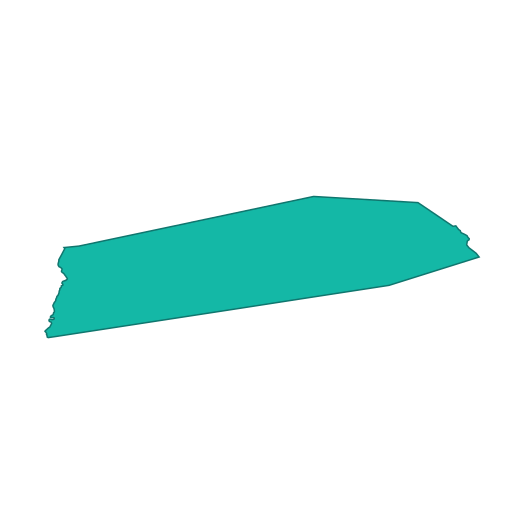 the district of Machinda, Litoral, Equatorial Guinea, rotated 261°
{"feature_id": "11065452B59369715507709", "entity_name": "Machinda", "entity_type": "district", "adm_level": 2, "iso_a3": "GNQ", "parent_name": "Equatorial Guinea", "parent_adm1": "Litoral", "projection": "natural_earth1", "projection_center": [9.965, 1.936], "detail": "fine", "context": "isolated", "style": "filled", "palette": "teal", "viewbox_px": 512, "rotation_deg": 261, "n_neighbors": 0, "source": "geoboundaries", "source_scale": "gbopen_adm2", "svg_char_len": 2590}
<svg xmlns="http://www.w3.org/2000/svg" viewBox="0 0 512 512"><g transform="rotate(261 256 256)"><path d="M220.1,476.2L221.5,475.4L224.2,473.9L227.1,471.2L230.5,467.9L230.7,467.7L233.5,466.1L233.7,465.9L233.9,465.9L234.1,465.9L234.3,465.9L237.3,466.9L237.4,467.0L237.6,467.0L237.8,467.3L238.1,467.6L238.7,469.0L239.7,469.3L241.0,468.4L241.3,468.2L243.1,467.6L245.0,465.1L246.8,462.4L247.0,462.3L247.0,462.2L247.4,462.0L247.5,462.0L247.7,461.9L249.1,461.7L250.1,460.6L250.3,460.5L250.4,460.3L253.5,458.6L254.5,458.1L254.5,455.2L283.4,424.3L305.8,322.2L299.4,197.5L299.3,196.8L293.5,82.7L294.3,68.8L294.4,67.7L294.2,67.8L293.4,68.3L292.4,67.7L291.1,66.7L288.0,64.4L283.2,60.7L281.7,60.4L279.5,59.4L278.2,59.1L277.1,59.4L276.1,59.9L275.8,60.4L275.5,60.9L275.0,61.4L274.1,62.1L273.5,62.4L272.9,62.2L272.3,61.9L271.5,61.5L271.0,61.5L270.4,61.8L269.8,62.3L269.4,62.8L269.1,63.1L268.3,63.7L267.7,63.9L267.3,64.1L266.8,64.4L266.4,64.6L265.9,64.9L265.3,65.2L264.4,65.5L264.2,65.6L263.7,66.0L263.0,66.1L262.6,65.9L262.4,65.6L262.2,65.3L262.1,64.8L261.6,64.2L261.6,63.6L261.4,62.8L261.3,62.0L261.1,61.2L260.9,61.0L260.6,60.7L260.2,60.3L259.7,60.2L259.4,60.1L259.2,60.3L258.9,60.5L258.3,60.8L258.0,60.8L257.6,60.8L257.4,60.5L257.3,60.1L257.0,59.3L256.9,59.0L256.7,59.0L256.1,58.9L255.7,58.8L255.3,58.5L255.1,58.1L255.0,57.7L254.7,57.3L254.6,57.2L253.5,57.0L252.9,56.7L252.1,56.1L251.4,56.0L250.6,55.7L249.4,55.1L248.9,54.7L248.0,54.2L247.3,53.1L246.7,52.8L245.9,52.5L245.2,51.9L244.4,51.5L243.3,51.2L242.2,50.2L241.6,49.4L240.7,49.0L240.2,48.5L239.0,47.7L238.4,47.6L237.6,47.7L237.1,47.8L236.3,48.1L235.6,48.3L234.7,48.3L233.5,48.3L232.9,48.3L232.1,47.9L231.9,47.5L231.6,47.2L230.9,46.9L230.2,46.7L229.6,46.1L229.4,45.4L229.2,44.7L228.8,44.1L228.5,43.7L227.9,43.4L227.6,43.4L227.5,43.7L227.4,43.9L227.2,44.7L227.1,45.0L227.0,45.4L227.0,45.5L226.9,45.8L226.9,46.3L226.7,46.7L226.6,46.8L226.3,47.0L225.6,46.9L225.3,46.6L225.2,46.4L225.1,46.2L225.0,45.4L225.0,44.7L225.3,44.1L225.6,43.5L225.8,43.0L225.9,42.6L225.9,42.3L225.7,41.9L225.0,41.5L224.3,41.5L223.9,41.6L223.6,41.8L223.4,42.2L222.9,43.0L222.7,43.3L222.1,43.5L221.4,43.6L220.6,43.1L218.9,41.8L218.7,41.7L218.1,41.3L217.9,40.7L217.6,40.1L217.1,39.2L216.8,38.7L216.1,37.8L215.8,37.2L215.1,36.2L214.7,35.8L214.3,36.0L213.8,36.4L213.5,36.6L212.9,36.8L212.7,36.9L212.2,37.1L211.8,37.1L211.6,37.0L211.3,36.8L211.2,36.8L210.9,36.9L210.6,37.1L210.1,37.1L209.9,37.2L209.5,37.2L209.0,37.1L208.6,37.1L207.9,38.0L207.9,38.3L207.8,46.6L207.8,49.2L206.9,225.1L206.6,302.9L206.2,382.8L220.1,476.2Z" fill="#14b8a6" stroke="#0f766e" stroke-width="1.5"/></g></svg>